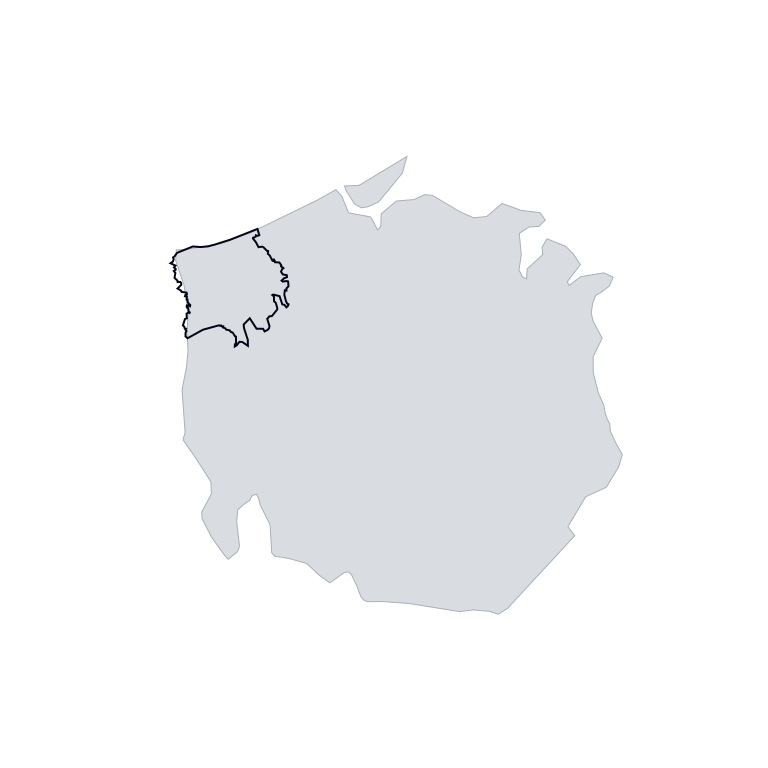 Pujehun, Southern, Sierra Leone (highlighted), rotated 133°
{"feature_id": "65957751B2614126839094", "entity_name": "Pujehun", "entity_type": "district", "adm_level": 2, "iso_a3": "SLE", "parent_name": "Sierra Leone", "parent_adm1": "Southern", "projection": "albers", "projection_center": [-11.562, 7.3], "detail": "medium", "context": "in_parent", "style": "outline", "palette": "ink", "viewbox_px": 768, "rotation_deg": 133, "n_neighbors": 0, "source": "geoboundaries", "source_scale": "gbopen_adm2", "svg_char_len": 3541}
<svg xmlns="http://www.w3.org/2000/svg" viewBox="0 0 768 768"><g transform="rotate(133 384 384)"><path d="M618.4,378.4L618.1,383.3L613.6,405.8L606.6,425.2L602.0,430.0L582.2,435.2L573.7,443.7L566.5,471.3L561.9,492.9L555.0,496.5L525.9,527.8L506.8,539.7L493.5,549.8L480.9,563.1L465.1,576.0L448.0,597.8L435.9,620.4L427.6,627.4L421.3,621.1L392.2,598.7L361.6,583.8L296.4,558.7L274.7,551.7L275.5,542.8L283.0,526.7L270.9,507.6L275.7,493.8L270.9,493.8L261.6,502.1L241.7,499.7L228.6,487.8L217.8,483.4L213.1,477.4L206.3,446.1L201.4,431.9L191.5,423.1L171.5,420.8L163.3,401.7L152.3,386.9L154.1,377.8L163.2,378.3L170.2,385.0L181.6,387.8L195.8,371.8L208.5,363.1L211.4,355.5L209.9,351.4L202.2,357.8L181.2,356.1L175.9,361.9L166.6,363.7L159.4,345.0L159.8,333.9L162.8,321.8L184.0,319.8L185.8,315.9L171.1,313.2L152.8,299.0L149.6,289.3L158.7,286.0L167.4,287.5L174.9,289.6L183.1,286.2L190.8,280.8L195.4,274.0L201.7,255.7L221.5,249.6L233.3,238.4L244.4,221.0L249.6,208.8L254.2,202.7L257.1,197.4L259.2,191.6L264.2,186.3L269.4,173.4L273.0,161.6L284.5,155.9L307.8,151.0L328.9,159.6L363.0,152.2L364.8,141.1L396.0,140.9L433.1,140.8L463.9,140.6L474.4,143.5L478.3,151.8L488.4,164.7L499.0,173.6L512.2,193.3L527.5,216.1L544.1,236.7L554.7,247.9L555.9,251.8L555.1,256.3L549.9,266.8L545.5,278.1L545.9,282.4L549.1,284.5L566.4,288.0L568.0,300.7L568.0,318.2L576.5,334.6L584.5,346.6L584.1,350.9L564.6,371.4L557.0,391.8L553.2,397.6L551.6,402.1L555.5,404.3L560.9,402.9L568.5,404.6L575.7,405.2L585.2,397.8L601.1,379.1L606.4,376.8L618.4,378.4ZM268.4,543.8L266.1,547.9L255.7,537.7L202.0,522.4L217.2,514.4L254.5,512.1L265.6,516.8L270.6,520.8L272.4,528.2L268.4,543.8Z" fill="#d9dde1" stroke="#a8b0b8" stroke-width="1"/><path d="M484.5,558.9L467.7,553.4L453.6,544.7L453.3,543.5L452.3,543.2L452.4,541.5L451.5,540.9L452.4,540.2L451.5,537.9L451.9,536.7L450.0,533.3L450.4,531.6L449.6,529.7L450.7,525.4L450.3,524.6L455.1,520.0L456.6,520.1L458.3,518.7L456.2,518.1L451.7,518.5L449.9,516.2L448.9,509.6L444.6,513.7L438.6,524.5L436.2,527.2L427.5,527.0L430.5,514.9L426.1,510.1L427.0,507.2L423.8,506.0L421.6,506.1L419.7,507.3L416.0,513.8L412.7,514.0L410.8,512.3L402.4,512.9L401.4,513.6L398.5,518.4L398.5,520.8L395.0,524.3L395.1,526.3L394.1,526.0L391.0,520.3L395.1,512.7L394.0,510.7L394.5,507.7L392.4,507.5L390.8,508.2L391.2,509.8L390.3,512.2L386.7,517.8L383.1,520.4L382.2,519.1L380.7,520.5L377.7,520.5L374.7,523.7L374.4,524.2L375.4,525.7L378.1,527.8L378.2,529.4L374.7,529.2L372.1,527.8L370.7,529.3L372.9,532.8L372.1,535.9L369.3,536.9L367.0,536.3L367.8,536.7L368.2,539.5L367.2,540.1L366.5,543.4L369.3,546.8L368.6,547.6L369.2,548.4L368.5,548.3L368.0,549.5L369.6,550.6L367.9,555.3L368.0,557.7L365.8,559.5L366.4,560.2L366.2,565.5L366.6,566.7L369.5,569.1L367.6,574.6L367.0,579.0L366.4,579.5L364.0,578.3L362.6,579.1L361.9,577.5L360.2,576.7L356.9,582.3L383.6,595.0L397.7,603.0L403.3,606.5L408.9,611.5L413.8,617.6L429.2,624.8L433.8,624.2L435.3,624.6L436.2,622.9L438.5,621.9L441.3,622.5L439.6,617.2L442.0,617.1L441.8,615.0L442.5,614.3L444.7,614.8L445.1,612.3L449.2,609.6L449.3,605.4L450.2,604.5L448.3,602.6L448.5,601.2L449.8,599.9L455.0,600.1L454.1,596.0L454.7,594.9L451.8,590.7L452.7,589.4L454.2,590.0L455.5,589.4L454.4,587.9L456.8,585.9L456.3,585.3L458.2,583.2L458.4,579.5L459.5,578.9L459.8,580.3L461.6,580.6L460.5,581.4L460.9,581.8L462.1,581.0L462.2,578.9L464.3,576.1L464.1,574.9L464.7,574.7L465.2,576.0L467.3,576.3L470.4,573.0L472.2,573.9L478.3,571.0L478.3,569.2L479.3,567.6L478.6,566.5L479.8,566.0L480.0,564.6L481.7,564.2L484.6,561.6L484.5,558.9Z" fill="none" stroke="#020617" stroke-width="2"/></g></svg>